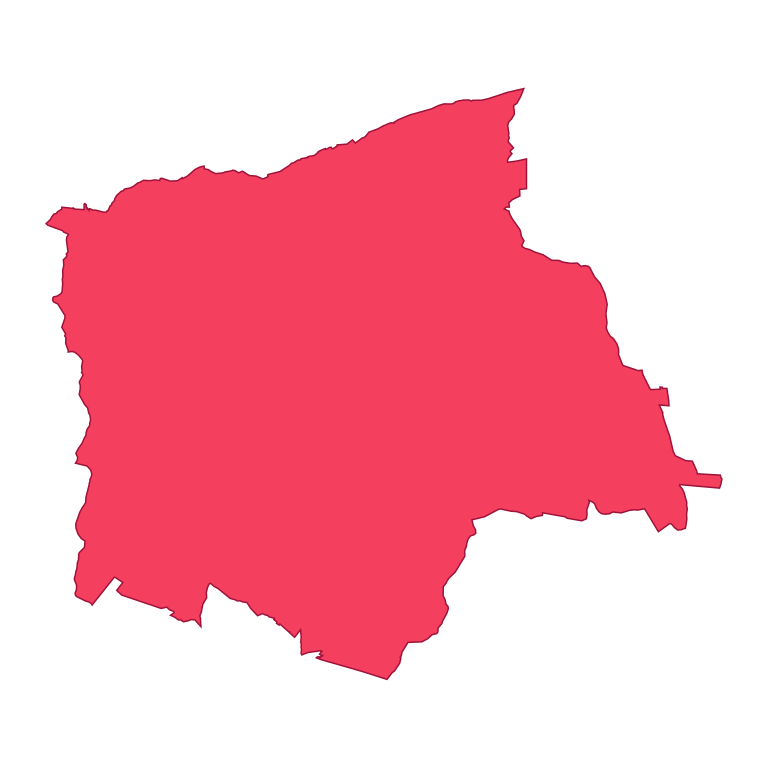 Beceni, Buzau, Romania
{"feature_id": "2599482B57070891345270", "entity_name": "Beceni", "entity_type": "district", "adm_level": 2, "iso_a3": "ROU", "parent_name": "Romania", "parent_adm1": "Buzau", "projection": "natural_earth1", "projection_center": [26.787, 45.38], "detail": "fine", "context": "isolated", "style": "filled", "palette": "rose", "viewbox_px": 768, "rotation_deg": 0, "n_neighbors": 0, "source": "geoboundaries", "source_scale": "gbopen_adm2", "svg_char_len": 5996}
<svg xmlns="http://www.w3.org/2000/svg" viewBox="0 0 768 768"><path d="M436.7,633.6L437.9,631.9L438.0,628.1L441.8,623.6L442.8,620.7L446.8,613.3L448.3,608.8L448.1,606.7L445.9,603.9L445.1,599.9L443.1,595.6L443.3,586.6L446.0,583.3L446.8,581.4L449.1,578.0L455.2,572.1L464.8,556.3L464.7,550.6L466.3,546.5L466.8,543.1L468.1,539.1L470.5,535.9L474.0,534.8L475.8,533.2L475.5,529.8L473.3,525.6L471.9,519.8L484.4,516.8L498.4,509.4L500.3,508.9L511.0,511.2L516.7,511.6L524.9,514.3L526.1,515.6L531.1,518.7L536.5,516.4L542.4,515.4L542.6,512.8L565.7,516.9L566.4,517.9L567.6,518.3L581.8,520.8L586.3,518.8L586.5,518.2L587.0,514.7L586.8,509.7L589.3,502.4L588.8,500.4L592.3,501.9L594.6,503.6L596.4,508.2L598.7,511.5L601.4,513.6L605.3,514.2L609.5,513.8L612.8,512.0L621.1,512.9L629.7,510.3L634.5,509.8L637.5,510.1L644.6,508.8L658.4,531.7L669.6,523.6L670.5,523.6L672.0,524.6L674.6,527.7L677.6,530.0L680.4,529.9L685.4,528.3L686.8,519.7L686.6,513.6L687.3,508.8L686.6,505.2L686.8,502.6L684.0,492.4L682.3,488.9L679.6,485.8L679.7,484.6L719.5,488.1L720.7,484.9L721.9,479.0L720.8,477.2L720.3,475.1L697.3,473.8L696.5,470.5L692.4,461.2L685.6,460.6L675.1,455.6L673.1,451.0L669.6,435.9L664.3,420.6L662.7,414.5L662.8,412.8L659.3,405.0L669.0,405.8L668.7,400.7L666.9,388.4L662.7,388.4L662.4,387.3L660.0,387.0L660.3,389.2L650.4,389.6L643.3,375.4L642.3,372.3L642.1,370.2L638.0,370.6L623.3,365.6L622.6,364.9L618.4,354.4L618.7,352.7L618.5,348.5L616.8,343.7L613.4,338.6L610.2,336.2L607.6,331.7L606.2,328.0L607.0,322.7L605.9,313.8L607.2,304.3L604.9,293.8L600.2,283.5L594.5,276.8L589.8,267.6L588.5,266.4L585.6,265.7L583.7,265.7L581.2,266.5L577.5,263.1L570.4,263.3L562.8,262.1L558.8,260.4L551.7,260.3L543.2,254.8L534.9,252.1L529.5,249.5L525.4,248.5L521.9,246.5L522.1,244.9L524.0,240.8L521.5,236.6L520.5,231.5L519.7,229.3L512.5,219.2L509.9,214.5L509.0,211.2L504.2,209.0L506.3,207.1L509.4,207.1L508.9,202.9L512.4,199.6L519.9,195.9L519.6,189.4L526.5,188.7L526.5,158.9L517.0,161.0L507.7,162.3L507.5,160.4L508.4,158.0L512.0,153.6L510.4,152.0L510.2,151.0L513.5,147.8L508.3,141.9L508.2,140.5L509.2,137.9L508.5,135.4L508.9,133.8L507.7,125.5L508.7,122.1L511.8,118.6L514.3,114.3L514.3,110.9L513.6,107.3L514.0,105.2L516.8,103.5L520.5,96.8L523.8,88.6L507.7,92.3L488.2,98.7L481.5,100.2L472.8,100.3L471.3,101.1L469.1,100.0L464.1,100.0L458.1,101.0L455.4,101.9L454.0,103.2L451.4,104.0L444.0,103.9L438.6,105.5L431.4,108.9L409.9,114.9L398.5,119.6L394.1,122.2L394.2,123.1L390.7,122.8L383.2,125.9L377.8,128.9L369.0,132.1L365.1,136.9L361.9,138.2L355.4,143.0L352.5,139.9L347.1,144.1L337.1,144.9L336.9,146.2L332.9,148.7L332.0,148.6L331.3,147.3L329.4,147.4L327.5,148.7L325.4,149.3L325.3,148.6L322.0,149.8L318.2,151.7L318.1,152.3L314.3,155.5L309.2,156.3L307.6,156.9L307.7,157.5L301.0,158.7L300.3,159.9L297.9,160.1L293.2,163.0L291.7,163.1L289.5,165.3L279.9,171.6L268.4,174.4L267.7,174.9L267.8,176.8L263.0,179.0L256.2,176.1L249.2,175.5L242.5,171.2L238.6,172.8L235.0,170.6L232.5,170.2L231.8,170.8L224.9,172.0L222.9,172.9L215.6,173.6L210.1,171.0L208.6,169.7L204.3,168.8L204.1,166.1L203.2,166.2L199.5,167.2L195.0,169.5L187.4,176.1L182.5,178.6L182.1,177.7L177.4,180.8L170.4,181.1L161.6,178.2L160.3,178.6L159.7,180.5L154.7,179.9L150.2,180.7L143.5,180.3L139.5,182.5L137.7,183.0L133.2,186.5L130.2,187.9L124.4,189.1L123.2,190.8L121.3,191.2L116.7,195.4L114.9,198.5L114.4,200.8L111.8,203.3L111.6,204.7L110.1,206.0L108.1,210.5L106.9,211.0L106.2,212.2L103.4,212.1L95.9,210.2L92.9,210.1L89.6,208.6L89.1,208.7L89.1,210.3L88.5,209.5L86.9,208.9L87.3,207.9L86.1,206.8L86.3,204.9L84.9,203.6L84.1,204.1L84.1,209.6L74.5,209.1L73.6,208.7L73.9,208.4L73.1,207.9L72.2,208.3L61.9,207.2L61.7,209.2L57.6,211.7L56.2,213.5L53.9,214.1L51.6,217.1L50.7,219.2L46.1,223.6L47.9,225.3L62.5,230.6L63.6,232.0L68.4,234.3L68.5,234.9L66.9,236.8L66.4,239.7L68.0,252.1L66.2,254.0L66.9,255.2L66.1,257.3L63.4,259.7L63.8,265.6L62.7,270.2L62.9,276.3L62.3,279.3L62.7,283.6L62.0,292.0L61.1,293.5L57.4,296.0L53.6,296.9L52.9,297.9L52.7,300.3L53.7,302.0L57.8,304.0L65.0,315.6L64.9,318.1L61.8,327.3L65.6,333.9L64.7,335.9L65.9,337.6L65.7,343.3L68.3,350.8L68.1,352.0L72.2,351.5L74.9,352.3L78.6,355.2L82.4,359.9L82.6,361.5L81.6,366.7L82.1,371.0L81.5,372.6L82.9,374.2L82.9,375.3L79.5,381.5L79.3,382.6L80.3,385.3L80.2,389.0L79.2,394.7L84.7,404.6L87.6,407.9L88.8,413.2L90.0,415.5L90.6,420.2L89.6,423.5L89.7,425.4L87.2,429.1L86.0,433.2L86.1,434.5L85.6,436.1L84.7,437.2L82.2,443.1L78.3,448.6L75.9,453.3L77.5,456.9L77.6,458.7L77.1,460.6L75.5,463.2L87.0,466.0L90.6,469.9L91.8,473.9L91.3,476.6L89.8,480.0L90.0,481.8L89.3,482.8L89.2,484.4L86.0,497.2L85.5,503.0L82.0,508.1L79.7,512.5L75.8,523.8L76.0,528.2L78.0,534.0L81.3,538.6L85.0,541.0L84.5,547.3L79.3,552.6L78.5,554.9L79.0,556.4L78.4,557.7L78.7,559.2L77.4,562.6L76.9,568.7L75.9,571.4L75.3,575.3L74.5,577.7L74.4,579.7L76.6,585.2L76.5,589.3L75.1,593.3L75.4,594.9L76.5,596.5L85.1,600.8L89.2,602.1L90.9,603.3L92.1,605.0L114.2,577.3L115.7,577.7L122.8,582.5L116.7,590.4L121.8,595.1L161.1,608.4L166.8,607.2L169.5,609.8L173.8,611.5L173.9,612.9L170.5,615.3L174.6,617.1L178.6,620.0L180.5,619.9L183.5,621.8L189.3,620.5L190.6,619.6L194.8,619.8L200.9,626.6L200.4,617.8L199.8,616.0L201.3,612.2L202.8,604.3L206.7,597.6L206.3,592.6L207.4,587.8L209.1,583.9L210.7,583.4L213.9,586.3L217.9,588.4L230.3,598.5L235.3,599.8L237.1,600.9L239.8,600.8L242.7,601.9L246.9,602.5L250.7,608.4L257.6,615.7L262.6,613.6L265.4,615.0L267.7,615.4L268.7,616.7L274.6,618.4L273.8,619.6L276.6,621.7L277.0,623.0L276.6,623.4L279.1,625.1L279.9,624.0L288.6,631.7L289.5,631.8L289.2,632.3L294.6,637.3L300.5,629.8L301.2,636.5L300.8,642.3L301.3,644.3L301.1,647.6L301.5,649.2L301.1,653.5L301.8,654.9L307.7,652.6L321.3,650.6L320.7,651.0L320.9,651.8L321.6,651.5L321.4,652.1L319.5,654.1L320.9,655.3L323.4,655.4L321.3,656.4L320.3,657.6L319.8,657.5L319.9,656.9L318.5,656.8L317.1,657.0L316.3,657.8L321.2,659.7L362.0,671.4L387.0,679.4L391.9,672.9L394.6,670.9L399.7,663.1L400.9,658.0L400.1,657.3L401.2,656.0L402.0,652.1L408.0,642.4L422.0,641.8L428.0,638.5L432.1,634.7L436.7,633.6Z" fill="#f43f5e" stroke="#9f1239" stroke-width="1.5"/></svg>